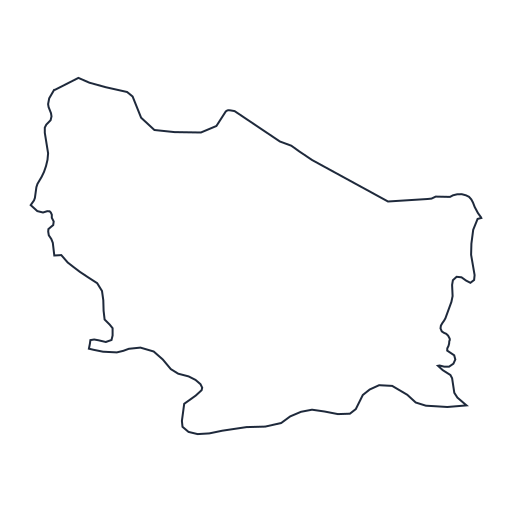 an SVG outline of Ñuble
{"feature_id": "CHL-20010", "entity_name": "Ñuble", "entity_type": "Region", "adm_level": 1, "iso_a3": "CHL", "parent_name": "Chile", "parent_adm1": "", "projection": "mercator", "projection_center": [-71.968, -36.605], "detail": "fine", "context": "isolated", "style": "outline", "palette": "slate", "viewbox_px": 512, "rotation_deg": 0, "n_neighbors": 0, "source": "natural_earth", "source_scale": "10m", "svg_char_len": 2204}
<svg xmlns="http://www.w3.org/2000/svg" viewBox="0 0 512 512"><path d="M481.3,218.0L477.6,218.9L473.2,229.8L471.4,243.6L471.1,254.8L474.6,275.1L474.1,280.0L470.4,282.8L466.1,280.6L461.5,277.3L456.6,276.8L452.9,280.2L452.1,284.9L452.6,296.1L451.4,301.9L445.4,318.3L444.1,320.6L442.4,323.0L440.9,325.6L440.5,328.4L441.8,331.4L443.9,332.8L446.2,333.8L448.1,335.6L449.7,338.7L449.8,340.0L449.3,341.1L449.1,343.6L448.5,345.9L447.3,348.3L447.2,350.6L454.2,355.3L455.3,359.5L453.4,363.7L449.0,366.7L444.3,366.7L439.6,365.5L438.0,365.8L442.8,370.2L450.4,375.0L452.1,378.2L454.3,392.8L457.4,397.6L466.5,405.4L447.3,407.0L436.3,406.3L425.9,405.7L415.7,402.5L407.3,394.8L392.2,385.9L379.1,385.2L369.7,389.5L362.8,395.0L355.8,409.1L349.9,413.7L337.9,414.1L324.5,411.5L312.0,409.7L301.0,411.8L290.2,416.4L281.2,423.0L265.2,426.6L246.5,427.1L222.3,430.7L209.3,433.4L197.6,434.1L188.5,431.9L182.5,426.8L181.9,420.9L184.2,403.8L195.7,395.6L201.6,390.2L202.2,387.7L200.5,384.2L195.5,379.9L188.6,376.4L178.2,373.7L170.8,369.1L162.8,359.5L153.7,351.5L140.4,347.6L128.8,348.8L123.4,350.8L116.8,352.4L103.0,351.7L93.6,349.8L88.9,348.7L89.9,343.7L90.4,340.1L94.2,339.5L98.6,340.3L105.7,342.0L111.5,340.0L112.6,335.5L112.6,328.2L109.7,324.6L104.6,319.5L103.6,310.8L103.3,300.3L102.0,291.0L97.2,283.2L87.3,276.8L79.8,271.8L73.6,267.1L67.7,262.5L61.3,255.1L54.3,255.5L52.8,242.8L51.3,239.0L48.8,235.3L48.2,231.6L48.4,229.1L51.2,226.7L53.2,225.1L53.7,221.5L51.8,217.8L51.8,214.7L50.8,212.5L49.6,211.3L47.2,211.2L43.0,212.5L37.3,211.1L30.7,205.1L34.0,200.4L34.9,197.9L36.4,187.1L37.5,183.8L41.6,176.9L44.0,171.9L46.0,166.1L47.5,159.8L48.1,153.3L44.8,132.8L44.8,127.6L46.3,124.6L50.6,120.2L51.5,116.4L51.0,113.2L48.6,107.1L48.1,104.1L49.2,98.3L54.1,89.9L55.0,89.8L78.4,77.9L89.4,82.7L105.7,87.2L127.1,92.0L132.6,96.5L141.1,117.7L154.4,130.0L174.5,132.1L200.9,132.5L216.4,126.0L225.8,111.4L227.4,110.4L228.7,110.2L230.6,110.4L234.6,111.1L279.9,141.5L291.3,145.7L299.1,151.3L312.2,160.1L388.0,201.5L427.5,199.0L431.5,198.6L435.7,196.6L450.0,196.9L453.0,195.3L457.1,194.3L461.8,194.2L465.9,195.3L469.0,196.8L471.3,199.4L473.0,202.6L474.7,207.0L477.9,213.0L481.0,217.3L481.3,218.0Z" fill="none" stroke="#1e293b" stroke-width="2"/></svg>